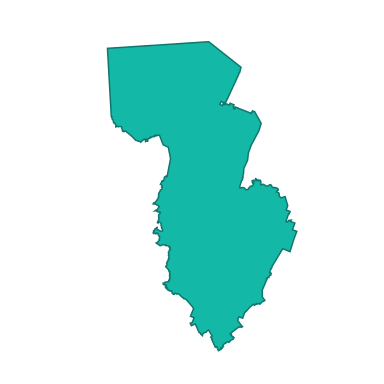 outline of Meander Valley, Tasmania, Australia, rotated 101°
{"feature_id": "25037944B18161391001525", "entity_name": "Meander Valley", "entity_type": "district", "adm_level": 2, "iso_a3": "AUS", "parent_name": "Australia", "parent_adm1": "Tasmania", "projection": "orthographic", "projection_center": [146.595, -41.65], "detail": "fine", "context": "isolated", "style": "filled", "palette": "teal", "viewbox_px": 384, "rotation_deg": 101, "n_neighbors": 0, "source": "geoboundaries", "source_scale": "gbopen_adm2", "svg_char_len": 6100}
<svg xmlns="http://www.w3.org/2000/svg" viewBox="0 0 384 384"><g transform="rotate(101 192 192)"><path d="M248.4,218.0L249.1,217.4L249.1,216.8L250.1,214.9L250.1,214.3L250.8,213.3L250.5,212.2L249.7,211.3L249.0,209.0L249.0,208.5L249.7,207.9L249.6,207.5L249.2,207.4L249.8,203.9L250.3,204.0L250.5,202.9L251.4,203.1L252.6,202.1L253.3,203.2L254.4,203.0L255.7,203.7L257.9,202.8L258.5,203.1L258.8,202.6L260.9,202.2L261.6,202.5L262.7,201.8L263.4,202.6L264.2,202.4L264.7,202.9L265.5,203.1L266.8,203.3L267.5,202.4L268.9,203.0L269.2,202.9L270.0,203.6L270.9,203.0L271.6,201.6L273.2,199.9L273.7,199.8L274.2,199.0L274.4,199.3L276.2,198.1L277.2,198.3L277.5,197.8L278.6,198.1L280.3,197.2L280.5,197.5L281.4,197.2L281.5,197.5L282.6,197.4L282.8,197.8L283.7,198.0L284.1,197.6L284.5,197.8L285.2,200.1L286.0,201.0L285.9,201.4L286.6,201.5L287.0,202.9L287.4,202.6L288.0,202.7L288.4,201.9L288.4,199.3L289.0,199.5L289.1,200.0L289.5,200.1L290.0,199.2L290.6,199.6L290.9,197.8L291.9,197.6L292.0,197.9L292.2,197.2L292.8,197.0L292.7,196.0L293.1,195.9L293.0,195.4L293.5,194.2L292.9,193.4L295.0,191.8L295.4,191.9L295.4,191.4L296.1,190.5L295.8,189.9L295.1,189.9L294.5,188.7L295.2,187.8L294.5,186.5L294.6,185.5L294.9,185.4L295.8,183.5L296.5,182.9L296.6,182.4L297.4,181.4L297.4,180.6L298.2,179.9L298.3,178.3L298.7,177.1L304.2,170.1L306.1,168.2L314.3,169.8L315.0,166.0L320.0,166.9L321.2,168.7L323.4,167.2L320.9,163.6L328.6,158.2L328.5,157.3L330.0,156.2L330.3,155.7L329.7,156.5L331.0,154.3L329.5,154.4L328.5,154.1L326.9,151.4L325.1,150.4L324.3,149.4L329.5,144.8L330.9,145.9L332.5,143.9L333.1,144.4L339.9,139.5L339.1,138.3L342.7,135.8L341.0,133.5L339.8,133.9L340.1,133.2L339.7,132.6L338.6,132.8L337.8,131.6L336.3,132.5L333.4,129.9L333.6,129.8L332.9,129.3L332.2,128.2L332.2,127.8L332.6,127.1L329.8,125.3L329.2,124.4L329.0,123.7L328.7,123.5L327.8,123.5L327.1,122.9L326.2,124.1L326.3,124.9L325.7,125.5L324.7,125.9L325.7,126.8L324.4,126.3L323.8,127.5L315.3,120.1L315.6,119.5L315.1,118.8L315.4,118.0L314.7,116.9L314.9,116.2L313.2,118.5L309.2,122.8L305.6,122.2L306.2,118.2L300.1,117.3L300.1,117.0L298.5,116.1L298.6,115.9L294.4,113.5L290.5,110.3L291.4,109.1L289.3,107.5L289.8,107.2L288.5,104.3L289.1,104.1L289.0,103.8L286.4,102.2L285.8,101.1L284.4,99.8L281.8,102.8L274.9,104.3L262.9,101.7L262.8,102.3L261.2,101.3L261.4,100.3L258.9,99.9L258.8,98.9L257.0,98.7L256.7,99.6L256.2,99.5L256.0,100.6L252.2,99.9L252.2,99.5L249.2,99.0L230.3,92.1L231.9,84.4L219.4,83.1L210.6,81.6L210.0,86.2L202.9,85.1L202.2,89.5L200.7,89.2L201.0,89.8L201.2,91.3L201.8,91.7L202.1,91.5L202.3,92.0L203.0,92.4L202.8,92.8L203.2,93.9L203.0,94.2L194.7,93.0L194.8,92.3L192.4,92.0L191.7,96.2L187.2,95.4L178.8,99.7L179.5,101.0L179.7,101.9L180.4,102.6L180.7,103.7L179.2,105.7L177.6,105.9L176.1,106.8L175.9,109.1L175.1,109.1L173.5,107.6L172.8,107.9L172.1,109.0L171.7,111.0L172.0,111.7L171.8,112.2L172.0,112.9L172.0,112.1L172.2,112.5L172.0,114.0L171.7,114.5L170.3,115.3L169.8,116.4L170.2,117.3L171.5,118.4L172.1,120.0L171.4,121.5L171.4,122.4L170.9,122.9L170.8,123.5L171.9,125.8L168.9,126.3L167.4,127.2L167.3,127.5L168.4,128.6L167.4,129.6L168.4,130.7L166.9,131.5L166.7,132.0L167.7,132.4L169.2,132.5L169.7,133.1L169.3,134.2L168.9,134.3L169.4,135.1L170.5,134.9L171.7,134.1L171.4,133.2L171.6,133.0L174.4,133.8L175.1,135.6L176.9,136.9L178.6,137.2L179.5,139.7L178.3,141.0L177.8,142.0L177.9,143.1L178.7,145.2L178.7,146.1L174.9,146.0L173.0,145.6L172.6,145.7L171.3,145.4L170.5,144.8L168.3,145.0L167.7,144.6L166.5,145.2L164.6,144.9L158.8,145.6L150.3,143.5L142.9,144.1L134.7,142.8L119.1,138.0L111.4,137.2L101.2,145.8L100.8,148.0L102.4,148.2L102.3,148.8L103.7,149.1L103.1,150.8L101.0,162.3L100.7,162.8L100.4,165.5L102.4,165.8L102.2,167.0L100.6,166.7L100.4,167.8L98.4,167.4L97.6,171.5L99.5,171.8L98.8,176.1L99.9,176.3L99.5,178.3L101.4,178.6L100.7,181.4L97.6,180.8L98.3,177.7L97.3,175.9L67.8,168.6L65.9,168.6L65.8,168.0L60.2,167.7L41.3,204.3L67.1,302.4L133.4,285.6L133.5,285.0L133.8,285.1L135.6,284.2L136.2,283.7L136.4,283.1L139.0,282.2L139.2,281.7L139.0,281.1L139.6,280.8L139.9,280.3L141.6,278.8L142.1,279.4L142.7,279.2L141.6,277.3L142.0,276.6L141.6,276.1L141.3,273.7L145.4,271.8L145.1,271.2L145.4,271.0L145.4,270.4L145.7,270.6L145.7,270.1L145.2,269.8L145.0,268.6L148.8,261.7L152.0,257.2L152.5,252.0L152.8,251.8L149.9,249.7L149.9,249.3L149.3,248.0L149.6,248.0L149.6,247.5L149.8,247.7L149.7,247.9L150.0,247.7L150.3,248.0L150.0,247.7L150.0,247.3L150.2,247.2L150.5,246.9L150.2,247.3L150.8,247.3L150.5,246.8L150.9,246.8L150.2,246.2L150.6,245.9L150.6,245.2L149.3,245.3L149.7,245.7L149.3,245.7L149.2,246.0L149.7,246.2L149.5,246.3L149.7,246.8L149.1,246.8L148.8,246.3L149.0,246.0L148.7,245.9L147.7,244.8L147.5,243.9L146.0,243.4L146.7,243.0L144.7,240.6L144.9,240.0L144.6,239.9L144.6,240.3L144.3,239.5L143.8,239.2L143.8,238.8L144.1,239.0L143.9,239.1L144.4,239.2L143.6,238.2L143.4,237.7L143.6,237.4L143.2,236.9L143.0,237.1L143.0,236.5L142.4,234.8L151.1,229.4L152.6,223.8L163.4,219.4L181.1,219.4L182.0,219.8L181.3,220.5L182.4,221.6L183.0,222.0L184.2,221.7L185.9,222.1L186.2,222.0L186.9,222.5L186.6,223.1L186.7,223.4L187.5,223.8L188.0,223.6L190.4,224.5L190.6,223.4L191.5,223.0L191.5,222.7L192.3,222.4L193.0,222.8L193.5,222.2L194.3,222.0L195.1,222.2L196.2,223.5L196.7,223.3L199.8,224.5L200.3,224.2L201.7,224.2L202.2,223.9L202.9,224.1L204.0,223.8L209.1,226.0L209.9,227.4L211.1,228.0L211.3,228.4L211.3,227.9L210.8,227.2L211.0,225.8L210.9,225.0L211.6,223.7L211.5,222.9L212.6,221.8L212.6,221.4L216.1,222.9L216.7,224.1L217.5,224.7L217.0,223.5L217.8,222.8L217.9,222.1L217.5,221.8L218.1,221.3L217.9,220.6L218.1,220.0L217.8,219.7L218.0,219.2L219.1,219.3L220.7,220.4L222.8,220.0L224.6,219.3L228.6,220.1L229.0,219.4L228.0,219.1L227.6,218.6L228.7,216.3L230.8,216.0L231.7,215.4L233.6,214.7L234.6,213.6L236.0,213.6L236.5,215.3L235.2,219.3L234.1,219.6L233.8,219.3L233.4,219.5L234.5,220.5L235.3,220.8L235.5,221.4L237.2,221.6L237.1,222.0L237.4,222.3L238.0,221.9L238.9,222.4L240.1,221.9L239.7,221.2L239.9,219.4L239.2,219.5L239.0,218.3L240.0,217.1L241.4,216.4L241.6,215.6L242.2,215.1L244.9,215.2L245.3,214.7L245.6,214.8L247.6,216.2L248.6,216.5L248.9,217.4L248.4,218.0Z" fill="#14b8a6" stroke="#0f766e" stroke-width="1.5"/></g></svg>